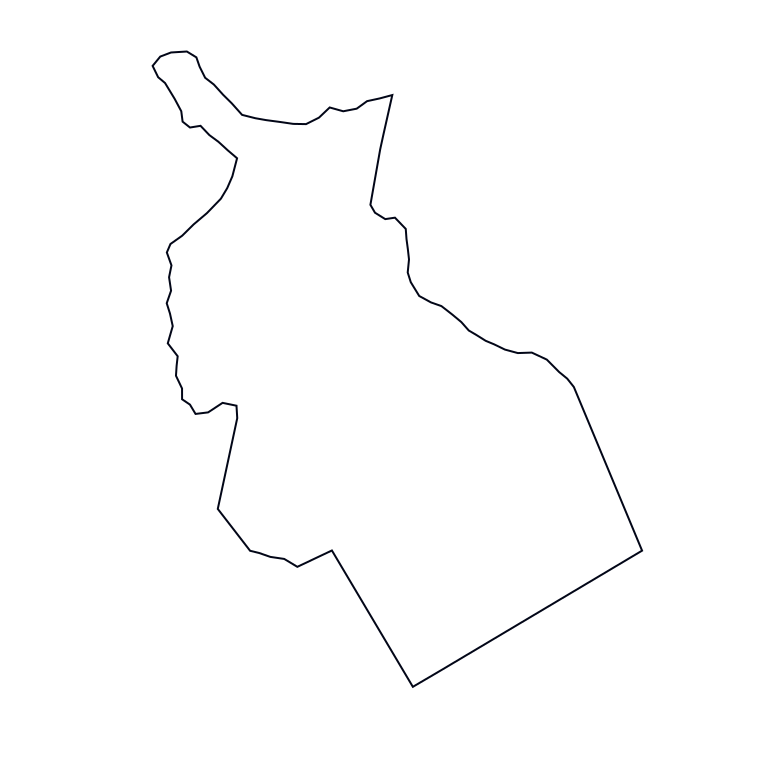 the district of Cravolândia, Bahia, Brazil, rotated 190°
{"feature_id": "56859067B17277880665383", "entity_name": "Cravolândia", "entity_type": "district", "adm_level": 2, "iso_a3": "BRA", "parent_name": "Brazil", "parent_adm1": "Bahia", "projection": "mercator", "projection_center": [-39.753, -13.429], "detail": "fine", "context": "isolated", "style": "outline", "palette": "ink", "viewbox_px": 768, "rotation_deg": 190, "n_neighbors": 0, "source": "geoboundaries", "source_scale": "gbopen_adm2", "svg_char_len": 1353}
<svg xmlns="http://www.w3.org/2000/svg" viewBox="0 0 768 768"><g transform="rotate(190 384 384)"><path d="M486.9,196.5L477.7,195.9L465.9,194.0L451.9,194.4L437.6,188.9L406.4,211.0L303.0,90.8L279.6,110.7L100.9,264.7L196.5,414.0L204.5,421.1L213.6,426.2L227.9,436.3L243.9,440.6L257.6,437.7L270.9,438.9L282.5,442.2L291.4,444.2L301.5,448.3L309.8,451.4L318.6,458.4L328.9,464.3L341.0,470.7L351.9,472.5L364.6,476.8L375.3,488.9L380.0,497.9L381.0,511.0L384.0,521.2L387.0,530.6L389.5,540.5L402.1,549.7L411.4,546.6L422.6,551.1L428.5,558.1L428.5,614.4L427.9,629.3L426.0,670.0L437.8,664.5L449.8,659.6L458.7,650.4L471.5,645.5L485.5,646.9L494.3,635.0L505.9,626.4L518.6,624.4L531.9,624.0L546.0,623.4L556.8,623.4L570.5,624.4L582.7,634.0L592.8,641.0L603.6,649.4L613.3,654.5L620.7,664.5L625.5,673.1L635.9,677.2L651.3,673.5L661.2,667.6L667.1,657.1L659.7,646.9L651.9,642.4L639.7,628.5L631.0,617.4L627.9,607.4L619.6,602.9L609.5,606.4L599.2,598.8L589.0,593.7L578.3,586.9L567.9,580.8L569.4,562.2L572.4,549.7L576.8,538.2L588.0,521.6L599.2,508.1L608.5,495.0L618.6,484.8L620.7,475.8L613.9,463.9L614.2,451.8L609.9,438.9L612.0,425.8L607.0,416.2L602.1,404.3L604.0,386.5L592.0,375.5L591.4,366.0L590.3,356.0L582.1,344.5L580.2,333.9L571.5,330.0L564.4,321.8L552.3,325.5L539.7,337.4L525.5,337.0L522.6,324.9L526.0,232.1L486.9,196.5Z" fill="none" stroke="#020617" stroke-width="2"/></g></svg>